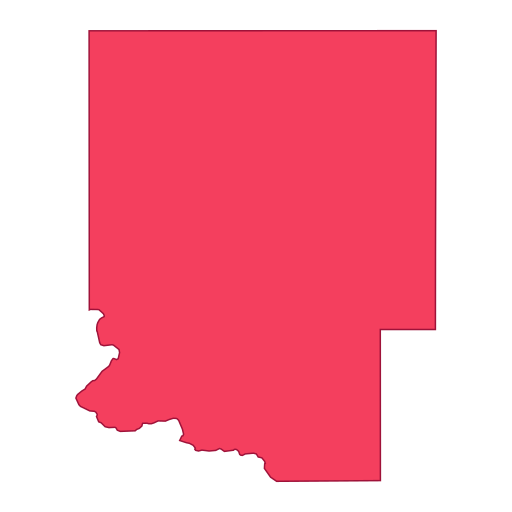 outline of Dickinson, Michigan, United States of America
{"feature_id": "52423323B53392276693289", "entity_name": "Dickinson", "entity_type": "district", "adm_level": 2, "iso_a3": "USA", "parent_name": "United States of America", "parent_adm1": "Michigan", "projection": "robinson", "projection_center": [-88.007, 45.984], "detail": "fine", "context": "isolated", "style": "filled", "palette": "rose", "viewbox_px": 512, "rotation_deg": 0, "n_neighbors": 0, "source": "geoboundaries", "source_scale": "gbopen_adm2", "svg_char_len": 1527}
<svg xmlns="http://www.w3.org/2000/svg" viewBox="0 0 512 512"><path d="M435.5,254.6L436.1,30.7L89.1,30.8L89.3,309.9L90.4,309.4L97.8,309.5L99.0,309.7L103.4,313.7L104.2,315.5L104.2,316.6L101.6,317.9L99.6,319.4L97.8,322.6L97.1,324.7L96.7,327.8L96.8,331.0L97.2,331.4L99.7,342.7L100.8,344.7L103.9,345.7L112.1,344.7L113.6,345.2L119.0,349.5L119.6,352.6L118.2,358.7L116.6,359.6L113.7,358.5L113.0,358.6L111.4,360.8L109.7,365.0L108.7,366.4L102.1,371.3L96.4,379.1L94.7,380.5L92.8,380.7L91.1,381.9L86.6,386.1L85.1,389.0L81.7,391.1L77.6,394.5L76.7,395.8L75.9,398.1L78.9,404.7L80.5,406.4L89.8,410.9L94.4,411.3L95.8,412.1L97.2,414.3L97.1,415.4L96.5,416.5L98.7,421.8L101.2,422.8L105.1,426.7L108.9,427.6L115.0,427.3L116.0,427.9L117.3,430.2L120.3,431.4L129.9,431.0L135.2,430.8L136.7,429.4L139.3,428.4L141.9,426.0L142.4,423.7L142.7,423.3L147.0,423.2L148.7,423.7L151.4,423.7L153.9,422.9L158.1,420.9L165.4,421.1L169.2,419.5L173.2,418.3L176.2,418.4L177.3,418.9L178.7,420.4L182.4,429.1L183.6,434.2L182.9,435.8L181.8,436.1L179.7,440.5L186.4,442.7L189.4,443.3L193.2,445.3L195.3,448.1L194.8,449.2L195.6,450.3L198.5,451.0L201.9,450.1L209.1,451.0L215.7,450.4L219.5,448.5L221.2,449.1L224.4,451.4L233.5,450.2L234.3,449.4L235.6,449.3L236.4,449.5L237.8,450.5L238.8,451.7L239.7,454.4L240.8,455.2L242.4,455.4L245.3,453.9L252.0,453.3L253.7,453.2L256.4,454.0L258.2,457.0L261.8,457.8L264.5,461.1L265.3,463.3L264.7,463.7L264.4,468.4L270.6,477.2L276.6,481.3L380.4,480.6L380.3,329.5L435.4,329.5L435.5,254.6Z" fill="#f43f5e" stroke="#9f1239" stroke-width="1.5"/></svg>